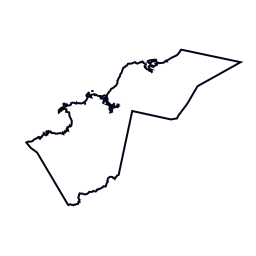 outline of Kairuku - Hiri District, Central, Papua New Guinea, rotated 102°
{"feature_id": "67681753B66231451727699", "entity_name": "Kairuku - Hiri District", "entity_type": "district", "adm_level": 2, "iso_a3": "PNG", "parent_name": "Papua New Guinea", "parent_adm1": "Central", "projection": "albers", "projection_center": [147.055, -8.887], "detail": "fine", "context": "isolated", "style": "outline", "palette": "ink", "viewbox_px": 256, "rotation_deg": 102, "n_neighbors": 0, "source": "geoboundaries", "source_scale": "gbopen_adm2", "svg_char_len": 5988}
<svg xmlns="http://www.w3.org/2000/svg" viewBox="0 0 256 256"><g transform="rotate(102 128 128)"><path d="M40.2,31.5L40.3,92.1L40.8,92.6L42.3,93.0L45.8,94.7L47.4,96.2L50.1,99.9L53.4,103.3L54.2,104.6L54.5,104.7L54.9,104.2L55.0,104.9L54.7,105.3L56.7,106.7L58.1,110.8L57.5,113.7L57.9,113.6L58.0,112.7L58.4,112.5L59.4,113.3L59.4,113.9L60.7,112.1L59.9,114.0L60.9,114.2L61.9,114.9L62.3,116.0L62.0,116.6L62.6,116.7L62.7,116.0L63.0,116.0L62.9,116.6L62.3,117.2L62.8,117.9L61.3,118.8L62.0,119.6L62.8,119.8L63.4,120.4L63.6,119.9L64.7,120.0L65.4,119.4L65.9,118.7L66.1,117.5L66.5,118.6L66.5,119.4L67.3,118.1L67.6,116.9L68.1,116.3L68.3,116.4L67.7,117.1L67.6,119.0L66.4,120.2L66.6,121.4L66.4,122.2L65.9,122.8L65.0,123.2L65.1,124.1L64.1,124.6L63.6,124.1L62.8,124.1L62.2,123.7L61.9,123.7L61.1,126.4L60.4,126.7L60.4,127.3L60.0,127.8L60.6,128.8L61.0,128.9L61.3,130.0L62.5,131.3L63.1,132.5L62.8,133.1L62.7,134.0L62.2,134.4L62.2,135.0L64.3,138.1L64.6,138.8L64.7,140.2L65.2,141.4L66.9,141.8L67.7,143.1L68.3,143.4L69.0,143.5L69.6,144.8L70.7,145.3L75.0,145.7L76.8,146.6L79.6,146.8L80.2,146.9L81.5,147.7L82.9,147.7L83.8,148.2L84.7,148.1L85.3,147.8L86.4,147.7L88.9,148.5L90.1,149.5L90.8,149.2L90.4,149.5L90.5,149.7L92.0,151.0L93.2,152.6L94.9,153.0L96.8,154.2L100.0,155.4L102.0,155.3L102.1,155.0L104.2,153.9L104.4,153.9L104.5,154.4L105.1,154.3L106.8,153.2L107.2,152.2L107.9,151.8L109.1,149.1L109.2,148.4L108.2,147.2L107.3,147.0L107.0,147.4L107.1,146.8L107.5,146.6L108.7,147.2L109.3,146.0L110.2,145.3L109.7,144.6L109.4,143.5L108.5,143.0L107.3,143.2L107.2,142.4L107.8,142.7L108.7,142.1L109.1,143.0L109.4,142.8L109.2,142.2L109.8,142.6L109.6,143.2L109.8,144.1L110.7,145.3L109.9,146.7L110.6,147.3L111.3,147.0L111.9,147.4L112.6,147.2L113.5,147.3L114.1,147.7L114.3,148.5L114.5,147.4L115.3,147.0L115.4,147.4L116.0,147.8L116.4,148.6L116.1,148.6L115.2,147.5L114.9,147.5L114.3,148.9L113.9,148.5L113.9,148.0L113.4,147.7L112.1,147.8L111.6,148.5L110.4,149.0L110.2,149.4L110.5,149.8L112.8,149.8L112.9,150.1L109.9,150.2L109.7,150.6L109.8,151.3L109.2,152.3L109.4,153.0L109.3,153.6L108.9,153.0L107.5,154.3L104.7,155.8L104.7,156.1L105.5,156.6L106.9,156.8L107.7,157.3L108.6,157.2L108.5,157.5L105.4,157.4L104.4,156.8L103.3,156.9L102.1,156.1L101.1,156.4L100.9,157.8L101.1,158.2L103.2,160.4L103.5,160.4L103.9,158.8L104.6,158.4L104.2,159.0L104.7,159.4L104.7,160.0L104.0,159.3L103.9,160.6L103.3,161.5L102.8,161.5L102.8,164.2L102.2,165.7L102.0,167.3L102.7,167.2L102.7,167.4L102.3,167.7L102.2,168.5L103.2,170.9L103.9,171.4L104.5,171.5L104.9,170.6L105.5,170.3L105.7,170.8L105.4,172.0L105.2,171.4L105.4,170.6L105.0,170.9L105.0,171.4L104.7,171.8L103.7,171.8L103.4,173.7L101.9,173.4L101.7,173.9L103.3,174.9L104.8,175.5L105.3,175.2L105.1,174.8L105.5,174.3L105.5,173.9L106.1,173.7L106.5,174.0L107.7,174.0L109.7,174.7L111.9,176.2L112.6,175.2L112.9,175.0L113.2,175.1L112.4,176.0L112.3,176.8L113.6,178.4L113.8,179.7L113.7,180.3L114.0,180.9L113.9,181.8L114.4,183.7L114.0,183.9L114.3,184.1L114.8,183.9L114.6,187.0L115.3,188.6L115.9,188.8L116.9,188.7L117.6,189.1L118.5,191.0L118.6,191.7L117.6,192.7L117.6,193.2L117.9,193.7L117.3,195.0L117.4,195.7L118.0,196.2L118.6,195.9L118.6,194.9L118.2,194.3L118.3,193.6L118.0,192.8L118.3,192.3L118.8,192.3L120.4,193.9L120.8,194.4L120.7,195.5L121.3,195.7L121.6,196.7L122.1,197.0L122.7,198.0L123.3,198.0L122.9,197.2L123.7,197.5L124.1,197.2L124.7,197.2L125.0,198.2L124.9,198.6L124.6,198.8L124.2,198.5L124.1,198.8L125.0,199.4L127.2,198.9L122.8,195.0L122.4,193.9L122.5,192.4L122.8,191.9L125.0,192.0L125.0,188.8L128.4,187.7L132.8,184.4L137.0,183.9L137.4,184.4L137.9,184.2L138.1,184.4L137.9,184.5L137.7,185.1L138.2,185.2L137.9,185.5L138.4,185.6L139.2,186.6L139.8,186.8L139.9,187.4L140.9,187.4L140.9,187.6L141.3,187.7L141.3,187.4L141.8,187.5L142.0,186.5L142.8,186.2L142.6,186.7L143.2,186.8L143.4,187.9L143.9,188.1L144.2,188.0L144.3,188.9L144.6,188.8L144.8,189.2L144.8,188.8L145.2,188.7L145.7,188.8L145.7,190.6L147.4,190.0L146.9,192.7L148.2,196.1L148.6,197.7L148.4,198.0L148.4,200.2L148.5,200.9L148.8,201.4L148.5,202.3L148.1,202.2L147.6,202.9L147.5,203.5L148.5,204.6L149.7,205.0L150.2,206.2L151.0,206.2L151.4,205.8L151.7,206.4L152.2,206.7L151.9,207.4L151.6,207.1L151.3,207.2L151.4,208.2L150.9,209.2L151.6,209.0L152.2,209.2L152.7,209.6L152.9,210.1L154.7,210.4L155.2,211.6L156.4,211.5L156.8,211.7L156.7,212.5L155.4,212.7L155.5,213.1L155.3,213.6L157.7,215.8L157.9,216.6L159.1,217.7L160.6,218.6L161.6,220.3L161.9,222.4L162.5,223.0L162.8,224.1L163.3,224.5L167.7,218.9L170.9,211.8L215.7,170.6L215.8,170.2L215.1,169.6L214.6,168.4L214.9,167.7L214.7,166.3L214.9,165.2L214.0,164.4L213.7,163.7L213.8,163.3L213.0,162.2L212.6,161.0L210.4,161.1L210.4,160.1L209.4,160.5L208.3,160.4L207.7,161.3L206.0,162.3L204.4,161.8L203.6,162.1L202.0,161.7L202.0,160.4L201.6,159.1L202.0,156.6L201.1,154.4L200.5,154.1L200.0,153.3L198.5,152.6L198.5,151.8L197.8,149.7L196.7,148.8L197.0,147.4L196.7,146.2L195.8,145.7L195.2,145.9L194.8,145.7L194.6,144.6L193.7,144.1L193.7,143.3L193.3,142.8L191.2,140.5L190.0,139.7L190.0,138.1L189.8,137.6L186.5,137.4L184.7,136.5L183.8,137.3L181.2,137.0L179.8,135.8L179.4,135.2L179.2,133.1L179.7,132.4L180.6,130.4L179.0,130.2L178.8,129.6L176.9,128.8L175.8,127.4L110.5,127.4L110.7,87.8L108.4,82.0L105.6,81.4L91.8,75.0L72.7,68.7L40.2,31.5ZM59.2,122.6L59.1,122.2L59.3,121.9L59.3,121.5L60.0,121.2L60.1,120.9L59.8,119.9L58.9,118.8L57.6,118.1L56.7,115.1L55.6,114.6L55.4,115.1L55.6,115.9L56.8,119.6L57.5,121.2L58.7,122.6L59.2,122.6ZM111.7,147.7L111.4,147.2L111.2,147.2L110.9,147.7L110.2,147.7L110.0,148.0L110.3,148.3L111.7,147.7ZM105.1,156.6L104.5,156.1L104.4,156.2L104.9,156.7L105.1,156.6ZM147.7,205.3L147.4,204.5L147.4,205.0L147.7,205.3ZM102.7,162.7L102.5,161.2L102.4,161.2L102.4,161.7L102.7,162.7ZM103.4,154.8L103.0,154.7L102.8,155.0L103.1,155.1L103.4,154.8ZM99.2,170.7L99.1,170.4L98.5,170.8L99.2,170.7ZM148.4,206.9L148.2,206.1L148.0,206.6L148.4,206.9ZM103.4,156.4L103.2,156.1L102.7,156.2L103.1,156.5L103.4,156.4ZM106.7,157.0L106.0,156.9L105.9,157.1L106.1,157.2L106.7,157.0Z" fill="none" stroke="#020617" stroke-width="2"/></g></svg>